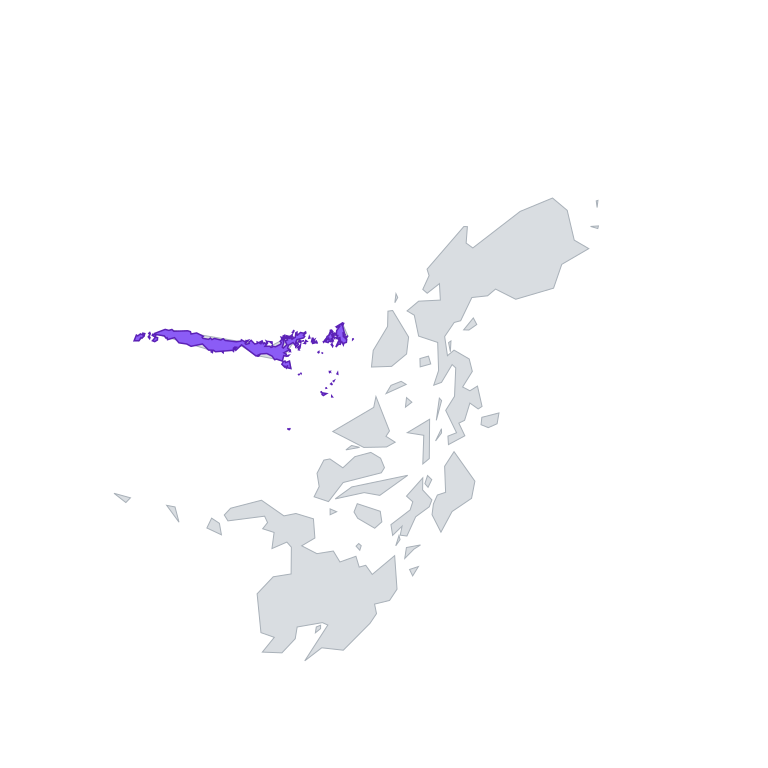 Palawan, Palawan, Philippines (highlighted), rotated 53°
{"feature_id": "2640588B20950743061684", "entity_name": "Palawan", "entity_type": "district", "adm_level": 2, "iso_a3": "PHL", "parent_name": "Philippines", "parent_adm1": "Palawan", "projection": "orthographic", "projection_center": [119.327, 9.944], "detail": "fine", "context": "in_parent", "style": "filled", "palette": "violet", "viewbox_px": 768, "rotation_deg": 53, "n_neighbors": 0, "source": "geoboundaries", "source_scale": "gbopen_adm2", "svg_char_len": 9857}
<svg xmlns="http://www.w3.org/2000/svg" viewBox="0 0 768 768"><g transform="rotate(53 384 384)"><path d="M355.6,133.2L383.6,145.5L399.1,139.0L395.4,170.0L409.5,190.9L395.6,227.8L375.3,237.8L375.9,248.2L367.8,261.8L379.6,284.7L377.1,290.9L382.6,307.0L399.6,316.3L399.1,307.7L415.3,300.9L427.1,305.9L433.7,323.0L441.1,319.5L441.9,310.6L460.9,319.2L460.6,323.8L450.9,326.9L461.5,341.5L460.3,347.8L474.0,350.6L471.2,369.0L464.1,364.3L466.6,355.4L442.2,350.6L436.3,335.1L414.3,317.0L409.5,317.9L417.3,337.1L414.9,345.0L406.1,332.3L383.1,316.1L366.6,327.5L347.3,318.4L339.5,321.6L338.7,306.5L350.9,288.5L337.2,279.3L337.5,294.9L331.8,296.1L324.6,282.8L318.2,280.5L306.3,225.5L308.5,222.7L320.9,233.6L328.8,231.2L328.1,171.4L336.9,137.5L355.6,133.2ZM527.5,478.8L555.7,497.1L560.2,509.8L554.1,524.0L562.9,528.2L566.7,539.2L572.1,576.7L557.2,592.5L557.4,613.9L542.7,573.9L537.5,576.8L525.8,599.6L534.0,608.2L537.3,627.3L524.9,642.5L520.3,624.1L508.5,631.9L475.2,611.6L471.3,588.5L479.8,572.5L458.6,556.2L451.8,556.7L448.0,572.5L436.4,561.1L426.6,568.0L424.6,560.4L417.7,558.9L399.4,591.0L392.5,590.4L390.9,581.3L403.1,551.8L429.1,543.3L434.4,532.3L449.2,521.5L465.4,531.9L463.7,547.1L479.1,539.7L486.9,525.0L499.6,526.3L504.7,510.1L515.3,514.0L517.8,507.7L529.0,508.0L527.5,478.8ZM444.5,499.1L432.0,507.7L426.9,497.5L415.0,491.2L408.6,477.8L411.3,472.3L426.2,467.3L424.5,450.9L430.7,435.7L441.2,431.4L451.1,434.0L453.3,439.6L438.1,475.9L444.5,499.1ZM516.3,369.9L528.0,382.9L526.8,406.4L536.6,427.7L517.3,424.3L509.5,416.7L504.8,408.2L507.6,400.0L486.2,385.1L480.2,368.8L516.3,369.9ZM389.2,398.0L424.8,407.9L427.0,413.9L437.2,410.1L435.8,419.9L422.5,438.3L391.1,453.5L396.5,406.3L389.2,398.0ZM254.7,500.7L207.3,535.5L212.4,521.8L285.4,452.6L288.6,433.1L298.2,419.7L297.1,433.9L303.3,451.7L284.2,469.0L268.3,474.7L254.7,500.7ZM330.5,332.9L361.3,336.1L373.6,347.9L374.5,367.3L362.9,383.8L350.7,372.4L340.2,346.5L328.2,337.0L330.5,332.9ZM491.8,416.9L505.4,415.5L509.3,421.8L509.1,438.6L519.2,457.2L514.5,462.0L508.4,455.1L510.1,468.2L500.5,463.1L500.3,438.9L495.4,431.9L487.1,433.5L482.3,409.5L491.8,416.9ZM446.4,492.1L446.8,471.7L471.2,420.0L470.4,454.4L458.8,465.2L446.4,492.1ZM493.6,478.2L475.4,485.8L468.2,485.0L463.5,477.4L483.4,463.6L492.8,468.7L493.6,478.2ZM439.6,368.8L470.8,392.7L471.2,401.1L448.9,383.1L436.9,394.7L439.6,368.8ZM481.6,327.0L474.9,331.0L469.5,325.9L476.3,309.6L483.8,317.6L481.6,327.0ZM406.6,604.6L392.4,612.1L387.4,602.4L396.2,599.3L406.6,604.6ZM310.9,380.8L324.1,384.0L327.5,392.1L315.7,392.3L310.9,380.8ZM388.5,331.7L396.1,334.6L392.1,344.8L385.3,340.0L388.5,331.7ZM356.4,624.9L371.0,630.9L350.1,630.6L356.4,624.9ZM535.8,472.4L528.1,464.5L534.5,451.7L533.9,459.4L535.8,472.4ZM397.7,366.5L392.9,388.1L389.3,379.2L392.2,368.7L397.7,366.5ZM322.3,655.0L323.3,661.5L308.8,665.4L322.3,655.0ZM392.3,274.1L392.0,283.7L388.7,287.8L385.0,272.9L392.3,274.1ZM419.9,441.6L413.7,454.1L413.6,446.9L419.9,441.6ZM316.7,395.9L313.2,404.8L310.0,394.4L316.7,395.9ZM493.0,411.0L488.2,411.3L483.3,404.3L489.1,403.4L493.0,411.0ZM415.3,372.7L415.4,380.8L408.4,374.2L415.3,372.7ZM554.5,476.6L547.5,475.2L550.5,466.4L554.5,476.6ZM431.9,348.0L444.5,364.1L428.6,348.3L431.9,348.0ZM315.8,448.9L307.5,453.5L309.7,446.2L315.8,448.9ZM457.5,498.7L456.0,505.7L451.3,502.2L457.5,498.7ZM457.7,367.5L460.5,377.1L454.3,365.0L457.7,367.5ZM201.8,554.5L197.5,554.0L198.4,547.9L201.7,547.2L201.8,554.5ZM502.2,503.4L496.7,503.9L496.2,500.2L499.4,499.5L502.2,503.4ZM541.4,588.5L537.3,584.3L538.5,579.8L541.2,581.9L541.4,588.5ZM323.2,321.0L325.6,326.4L319.1,320.1L323.2,321.0ZM517.9,464.8L520.3,472.0L514.1,463.3L517.9,464.8ZM388.5,119.7L382.5,124.2L386.8,117.6L388.5,119.7ZM398.2,311.6L389.8,307.5L389.9,304.6L398.2,311.6ZM366.1,102.6L371.3,107.6L365.5,104.3L366.1,102.6Z" fill="#d9dde1" stroke="#a8b0b8" stroke-width="1"/><path d="M301.0,447.0L302.7,445.5L301.4,444.1L298.8,445.2L299.7,438.7L297.4,439.4L295.5,437.0L296.2,431.7L298.8,431.7L298.1,429.6L298.5,428.7L297.5,429.3L296.1,426.8L298.8,420.5L298.2,418.6L296.5,419.0L296.3,415.7L295.2,415.3L295.0,417.7L292.6,419.7L292.9,423.8L291.3,424.8L293.3,426.7L292.9,430.6L291.0,430.3L289.4,427.8L289.5,430.6L290.9,431.7L290.2,432.4L289.1,430.7L288.5,431.7L289.6,434.0L288.8,434.3L290.7,434.5L290.2,437.1L294.2,437.9L294.7,442.8L293.4,443.1L290.6,439.1L287.7,438.0L288.7,437.1L287.1,437.1L288.3,436.3L287.8,434.5L286.2,435.6L286.1,434.0L285.3,433.8L285.0,435.8L286.8,436.6L284.8,438.0L286.8,438.5L287.4,441.3L289.1,441.1L290.0,442.6L289.0,448.2L287.0,450.2L285.6,449.8L287.2,451.2L286.8,451.7L286.9,451.9L286.8,452.0L286.7,452.3L285.1,452.5L282.3,456.4L281.2,452.3L280.0,452.5L280.8,454.3L279.2,454.7L279.2,456.1L276.2,455.4L275.8,457.8L277.3,456.6L277.8,458.1L274.1,460.0L275.3,460.8L274.3,463.2L269.2,463.8L269.2,466.6L270.5,467.2L269.3,470.3L268.1,470.5L266.7,468.4L267.9,468.6L267.4,466.2L266.0,470.0L262.9,471.3L263.7,472.4L261.4,476.5L253.7,484.6L251.1,485.2L250.6,487.9L245.5,492.1L245.0,494.7L242.8,495.0L242.8,497.2L238.6,501.1L237.2,501.1L237.1,499.6L230.5,502.9L227.9,508.0L225.7,507.1L223.4,508.7L215.4,520.1L212.8,520.6L211.8,523.5L208.7,525.9L205.6,536.6L206.8,536.8L213.3,530.5L216.2,530.5L216.5,529.4L218.3,530.2L220.9,523.4L227.7,523.0L233.3,517.5L237.8,515.4L242.8,504.9L251.3,503.7L254.5,499.8L256.8,499.2L265.9,484.8L267.4,484.5L266.3,483.2L265.3,484.0L266.2,482.9L264.8,482.7L264.7,480.9L265.9,479.7L266.3,482.0L267.9,482.1L267.0,474.2L284.7,469.3L285.8,464.3L289.2,459.2L294.4,456.6L298.8,456.7L299.5,454.8L304.5,451.4L301.0,447.0ZM311.3,379.7L310.1,380.4L310.2,382.1L311.2,381.7L312.0,381.7L312.1,381.9L310.0,382.6L309.6,386.8L311.3,384.7L312.9,389.7L315.2,391.7L314.5,392.2L316.1,393.1L317.4,391.8L319.2,394.2L320.4,391.3L324.0,393.3L325.1,392.3L328.3,392.9L327.2,391.5L328.1,389.0L325.9,386.9L324.8,387.4L323.7,383.7L323.6,387.4L321.6,387.9L318.6,385.9L319.5,385.0L312.6,382.0L311.3,379.7ZM312.3,394.3L310.4,393.8L311.1,395.6L309.4,394.7L312.1,398.8L311.8,400.8L312.7,402.1L313.9,401.9L313.9,400.5L315.5,401.0L313.6,402.7L313.6,403.2L314.2,403.2L314.6,403.9L313.0,403.2L313.7,406.1L313.8,404.6L314.6,405.7L317.3,403.7L316.7,402.2L318.2,401.0L316.1,398.9L316.8,398.2L317.4,398.7L317.2,398.3L317.7,398.5L317.7,398.3L318.2,398.2L314.9,396.7L316.5,396.0L315.8,395.2L314.4,396.4L313.2,396.2L314.1,394.8L312.3,394.3ZM310.3,452.4L312.5,452.4L311.0,449.7L312.8,451.5L315.6,449.1L308.8,445.7L307.6,449.7L306.1,449.2L305.5,450.7L306.7,453.7L310.6,453.2L310.3,452.4ZM201.2,546.7L198.6,547.4L197.5,549.2L197.4,547.7L197.4,551.7L195.9,552.3L199.1,557.6L202.0,553.6L200.7,550.2L201.7,549.7L201.2,546.7ZM210.7,536.9L209.1,538.2L210.1,542.9L212.2,541.6L212.5,538.5L210.7,536.9ZM310.4,412.6L308.3,412.0L309.5,412.9L309.0,414.0L307.5,414.1L306.7,412.6L306.5,414.8L304.9,413.1L304.3,413.7L306.7,416.5L308.6,415.2L308.4,417.2L310.4,412.6ZM324.8,393.1L322.7,395.1L325.5,400.2L324.9,396.2L326.0,395.1L324.8,393.1ZM357.1,435.6L353.9,438.6L355.1,439.8L356.7,439.4L357.1,435.6ZM299.4,428.1L298.5,430.3L301.3,432.2L300.9,428.6L299.4,428.1ZM207.7,536.6L205.1,538.6L205.6,539.8L208.7,538.6L207.7,536.6ZM299.9,424.3L298.3,425.2L298.5,426.6L300.9,425.6L299.9,424.3ZM199.8,544.7L198.3,546.0L199.3,547.0L201.1,546.6L199.8,544.7ZM288.6,431.4L286.9,432.7L288.1,434.1L287.9,432.8L288.6,431.4ZM204.2,542.8L204.5,543.9L206.7,543.9L206.1,542.9L204.2,542.8ZM201.9,540.1L202.0,541.4L203.7,541.3L203.2,540.4L201.9,540.1ZM303.7,419.8L302.1,420.2L302.9,421.7L303.7,419.8ZM353.6,425.8L351.8,425.6L351.9,426.5L353.6,425.8ZM283.0,448.1L281.4,449.8L284.5,449.1L283.0,448.1ZM322.1,401.1L322.6,402.2L320.5,401.3L320.7,402.4L323.0,402.4L322.1,401.1ZM323.0,393.9L320.5,392.9L320.4,393.6L323.0,393.9ZM290.2,422.3L290.1,423.8L291.5,424.4L291.3,423.1L290.2,422.3ZM318.1,398.5L318.6,399.1L318.6,399.5L319.8,400.1L318.1,398.5ZM255.6,502.1L254.6,501.1L254.4,502.6L255.6,502.1ZM303.7,428.4L302.5,427.2L302.9,429.0L303.7,428.4ZM363.4,487.3L363.1,485.4L363.0,486.7L361.5,488.1L363.4,487.3ZM315.9,394.9L314.4,394.3L315.0,394.9L315.9,394.9ZM303.7,429.5L302.7,429.8L302.9,430.9L303.7,429.5ZM304.8,430.3L303.8,430.8L304.7,430.9L304.8,430.3ZM313.8,393.5L313.0,394.3L314.4,394.0L313.8,393.5ZM310.7,393.4L309.4,393.4L308.5,395.0L310.7,393.4ZM342.0,420.5L341.6,419.4L341.3,419.9L341.7,419.9L341.4,420.1L341.9,420.5L342.0,420.5ZM318.9,416.5L318.9,417.6L319.6,417.6L319.7,417.0L318.9,416.5ZM320.6,384.8L321.0,385.7L323.1,386.8L322.1,386.2L320.6,384.8ZM352.7,432.5L351.7,432.4L352.5,432.9L352.7,432.5ZM286.1,466.4L285.6,467.8L285.9,468.0L286.3,467.3L286.1,466.4ZM262.2,493.6L261.5,493.1L261.6,493.8L262.2,493.6ZM301.6,439.1L300.8,438.6L300.8,438.8L301.2,439.0L300.6,439.1L301.2,440.0L301.6,439.1ZM348.3,415.0L347.1,414.3L347.6,415.4L348.3,415.0ZM318.2,393.2L317.9,394.1L318.6,394.2L318.2,393.2ZM280.0,451.6L278.9,452.1L279.8,452.3L280.0,451.6ZM323.0,414.3L321.6,414.8L321.3,415.0L323.0,414.3ZM329.5,380.9L329.2,381.9L329.7,382.3L329.5,380.9ZM351.7,422.6L351.3,421.8L351.2,422.7L351.7,422.6ZM317.7,395.4L317.0,395.9L318.0,395.9L317.7,395.4ZM353.6,439.3L352.6,438.7L352.5,439.1L353.6,439.3ZM310.4,386.0L310.0,387.7L310.2,387.9L310.5,387.8L310.4,386.0ZM288.0,425.0L287.3,423.8L287.7,425.1L287.6,426.3L287.7,426.7L288.0,425.0ZM305.0,422.0L303.9,422.3L303.7,423.0L305.0,422.0ZM325.3,445.3L325.0,446.4L325.4,446.4L325.3,445.3ZM302.6,415.5L301.2,415.1L302.2,416.4L302.6,415.5ZM303.8,442.7L303.4,443.5L303.6,444.5L304.0,443.8L303.8,442.7ZM286.9,423.2L287.1,424.5L287.3,424.6L286.9,423.2ZM314.1,406.2L313.8,407.0L314.3,407.1L314.1,406.2ZM305.6,431.3L304.8,431.2L305.2,431.7L305.6,431.3ZM363.2,433.0L362.2,433.0L362.8,433.5L363.2,433.0ZM292.5,428.6L291.7,428.5L292.4,429.1L292.5,428.6ZM311.6,412.8L310.8,412.6L310.9,412.9L311.6,412.8ZM301.3,421.9L300.7,422.7L300.9,422.9L301.3,421.9ZM313.8,392.9L312.9,393.2L313.9,393.0L313.8,392.9ZM325.8,444.0L325.3,443.3L325.4,444.0L325.8,444.0ZM322.4,392.5L321.4,392.4L322.1,392.8L322.4,392.5Z" fill="#8b5cf6" stroke="#5b21b6" stroke-width="1.5"/></g></svg>